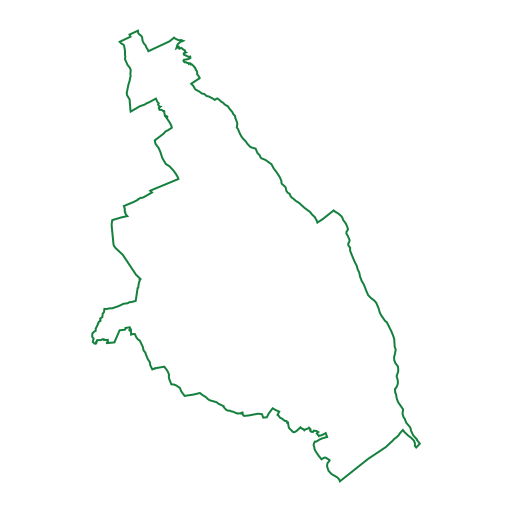 Gusoeni, Vâlcea, Romania (Mercator projection)
{"feature_id": "2599482B73912524468406", "entity_name": "Gusoeni", "entity_type": "district", "adm_level": 2, "iso_a3": "ROU", "parent_name": "Romania", "parent_adm1": "Vâlcea", "projection": "mercator", "projection_center": [24.113, 44.728], "detail": "fine", "context": "isolated", "style": "outline", "palette": "green", "viewbox_px": 512, "rotation_deg": 0, "n_neighbors": 0, "source": "geoboundaries", "source_scale": "gbopen_adm2", "svg_char_len": 6007}
<svg xmlns="http://www.w3.org/2000/svg" viewBox="0 0 512 512"><path d="M339.9,481.3L368.1,458.9L385.8,447.1L393.0,440.4L393.9,439.2L395.9,437.8L398.5,435.4L400.2,432.9L402.9,430.0L404.4,432.0L408.4,435.8L411.1,437.7L413.9,440.6L414.9,443.1L414.9,446.0L416.2,447.5L419.8,443.7L416.9,439.9L416.9,439.4L413.2,435.3L411.1,430.9L410.5,428.2L409.9,427.0L406.2,422.7L404.7,418.7L403.5,417.1L402.6,414.0L402.6,412.4L403.1,410.1L402.9,409.1L398.1,402.1L396.7,398.4L396.0,394.0L395.2,392.6L395.0,389.0L396.1,387.8L397.4,385.1L397.8,383.6L397.9,382.0L397.7,380.0L396.6,376.1L398.2,371.7L398.2,368.6L397.9,366.4L395.4,363.1L394.2,360.0L394.1,356.8L394.8,354.6L395.7,349.6L394.7,346.8L394.2,339.0L393.2,335.9L391.4,331.4L386.9,322.4L385.0,320.8L381.5,315.8L379.8,312.6L378.6,308.4L376.3,302.9L374.2,300.5L370.7,297.8L368.2,295.2L366.2,290.7L363.9,284.6L361.4,280.4L361.2,279.4L360.1,276.9L359.2,272.4L357.7,269.5L356.8,265.9L354.5,261.5L350.6,252.0L350.0,249.8L350.2,247.9L348.2,245.0L348.2,243.9L349.3,241.6L349.6,240.1L347.7,235.7L346.7,234.2L346.4,233.3L346.5,231.8L348.0,229.4L347.3,226.9L345.8,223.5L343.3,220.2L342.2,217.4L341.4,216.2L338.1,213.4L335.0,211.6L333.7,210.4L322.7,219.1L317.4,222.6L316.5,220.0L315.3,218.3L315.1,217.4L311.9,214.4L310.3,212.2L304.3,207.7L299.2,203.0L295.9,201.0L293.5,198.8L291.7,197.6L290.3,195.8L289.7,193.9L287.7,192.7L286.4,190.9L285.7,187.7L285.3,186.9L281.9,183.9L281.4,182.7L281.4,181.0L279.8,177.2L277.0,172.8L273.8,168.6L271.5,164.3L265.4,159.9L261.2,158.2L260.5,157.3L259.7,155.3L257.4,152.9L255.6,148.6L251.9,147.6L250.2,146.8L247.2,143.6L245.7,141.3L243.0,138.6L241.5,136.6L239.9,133.6L237.9,128.9L236.8,127.5L237.2,125.1L237.2,122.8L235.2,117.6L235.1,116.0L233.2,114.0L232.5,112.3L228.7,107.8L228.3,106.6L224.9,104.6L222.9,102.6L221.3,101.7L219.0,99.6L217.4,98.5L216.3,98.8L215.3,99.7L214.5,99.8L213.4,98.9L208.9,96.5L206.7,96.1L204.3,94.0L201.9,93.5L199.2,91.5L195.3,89.4L193.3,85.9L191.2,83.7L199.5,78.3L199.7,77.8L199.1,77.2L198.4,75.8L197.1,74.2L197.2,72.6L196.9,71.3L195.6,69.5L195.7,69.2L195.1,67.6L194.4,67.3L193.9,66.3L191.7,64.3L190.8,64.5L190.7,63.7L190.1,63.3L188.9,63.9L188.7,63.1L187.0,62.9L186.0,62.2L184.6,62.3L183.6,61.2L183.5,60.5L184.0,59.8L188.2,59.1L190.3,58.1L190.4,57.5L190.2,56.6L189.0,57.0L184.0,54.7L183.7,53.4L185.8,52.5L184.9,52.0L185.2,51.4L184.9,50.4L183.5,49.7L181.8,48.2L181.3,47.9L179.4,48.7L179.2,48.5L179.5,48.1L178.7,46.7L176.4,48.1L177.5,44.6L178.2,43.7L180.2,42.0L183.1,40.8L181.0,40.0L180.4,40.3L178.2,40.0L175.2,38.6L174.1,37.6L169.6,41.3L148.4,51.2L147.7,49.5L146.3,47.4L145.7,45.5L144.1,43.8L142.6,41.0L142.1,37.2L141.2,35.8L138.9,34.0L138.3,33.2L137.9,30.7L129.5,34.6L130.5,36.7L119.7,41.8L121.0,43.3L123.4,44.6L124.1,45.8L125.0,50.9L125.0,55.1L125.3,56.4L125.0,59.3L127.6,65.0L129.8,67.7L130.7,70.1L130.4,74.0L130.6,76.7L130.1,77.8L129.6,80.9L128.4,84.8L126.7,93.1L127.1,95.3L129.6,99.4L130.4,110.0L130.7,111.6L139.7,106.3L144.8,104.5L147.1,103.0L148.7,102.5L155.9,98.6L157.3,101.8L158.7,103.4L158.1,104.4L158.7,105.6L159.5,106.5L160.4,106.7L158.8,108.0L159.3,109.2L159.6,109.9L161.7,109.9L163.1,111.0L164.0,110.9L164.3,111.3L164.2,112.2L164.8,115.3L165.9,115.8L165.9,116.2L165.4,116.4L165.9,117.0L167.0,116.4L167.3,116.6L167.2,117.3L166.6,117.9L170.1,123.2L171.6,126.4L171.8,127.7L168.2,130.1L165.4,131.5L163.9,133.4L154.8,140.4L155.4,143.6L158.7,148.1L160.3,151.8L162.3,158.0L165.8,164.0L169.3,166.1L173.0,170.0L175.9,173.9L177.7,177.0L178.4,179.0L150.2,190.7L152.0,192.5L143.3,197.4L141.9,197.9L140.9,197.7L137.8,199.5L137.7,199.9L133.8,201.9L123.9,206.0L124.3,207.0L124.3,207.8L124.8,208.3L124.7,211.4L125.3,212.1L125.1,212.7L126.1,214.8L127.3,216.1L121.4,217.4L112.3,220.1L111.7,223.7L111.7,226.0L113.5,244.4L114.0,245.9L115.6,248.1L122.7,254.7L136.0,274.7L140.4,278.9L139.7,279.2L139.5,279.7L139.8,280.6L139.3,281.6L138.7,283.8L138.2,287.8L137.6,288.1L135.7,300.9L131.2,302.1L129.3,302.2L127.8,303.2L123.4,303.8L118.9,306.0L112.2,308.3L109.9,308.3L106.6,309.0L104.4,308.9L104.0,312.1L102.7,313.7L102.3,317.2L100.2,318.5L100.4,319.6L100.2,320.1L100.5,320.8L98.7,321.9L98.6,322.8L97.8,323.7L97.8,324.5L95.7,328.7L95.7,330.8L94.3,331.6L92.6,333.1L92.3,333.8L92.2,336.6L92.7,337.6L93.6,338.5L92.8,341.9L94.7,343.7L95.8,343.7L96.2,343.4L96.0,342.1L96.8,341.7L96.9,340.4L97.2,340.1L100.5,340.1L102.9,339.2L103.7,339.2L103.8,339.9L104.1,340.0L107.8,339.9L107.9,341.5L106.9,342.5L107.0,343.1L114.4,342.4L119.6,330.3L124.9,329.7L125.5,328.8L125.5,328.0L129.7,327.3L130.8,329.4L129.5,329.7L129.3,330.0L129.5,330.5L130.9,330.5L131.1,334.6L133.1,334.0L134.9,334.1L136.3,337.3L138.1,339.6L139.8,340.6L142.9,347.1L143.5,350.3L145.5,352.9L145.7,354.0L147.8,359.1L149.8,362.1L150.3,365.3L152.3,369.4L153.1,368.9L154.6,368.8L154.8,368.3L164.3,366.7L167.3,370.7L168.2,372.6L169.0,374.6L168.8,376.5L169.2,379.0L171.3,384.3L174.2,384.6L175.7,385.2L179.8,387.8L181.4,391.6L184.6,395.9L193.4,394.6L199.9,393.0L202.7,395.2L205.8,397.0L207.9,399.1L209.8,400.3L216.6,402.2L218.4,403.7L223.7,406.2L223.7,407.1L226.3,409.9L228.2,410.7L229.6,410.6L230.7,411.2L233.0,411.7L237.5,413.6L238.9,413.3L240.3,413.5L241.3,412.8L242.5,412.5L242.7,413.3L242.2,414.0L244.0,415.9L248.5,415.5L258.0,413.7L262.0,414.2L263.2,417.6L266.8,417.3L269.0,413.1L272.7,408.3L275.7,410.1L279.2,411.6L277.5,414.9L278.7,415.8L279.8,417.5L281.8,418.5L284.8,420.9L286.5,421.0L287.2,422.8L288.0,422.6L288.6,426.7L289.1,428.1L293.3,432.2L294.6,432.1L296.4,431.1L300.5,427.3L301.6,428.4L303.4,429.2L304.3,430.3L305.1,429.5L308.6,428.3L309.0,427.7L310.5,429.3L310.6,429.7L310.1,430.2L310.2,430.8L311.1,431.7L312.9,432.0L313.9,430.6L316.6,431.1L318.3,432.1L316.8,433.4L318.8,436.0L319.1,435.5L320.4,435.6L323.0,434.6L325.7,433.1L327.1,437.0L323.1,438.1L320.0,439.3L316.9,441.2L315.6,441.7L314.9,441.6L314.0,443.3L313.6,445.1L314.3,447.1L314.5,448.9L315.2,450.6L318.3,455.3L321.5,459.3L324.1,457.7L325.6,457.6L329.5,460.0L329.6,460.6L327.6,463.0L327.1,464.8L327.2,466.9L328.6,470.9L331.6,474.1L337.3,477.4L339.2,479.4L339.9,481.3Z" fill="none" stroke="#15803d" stroke-width="2"/></svg>